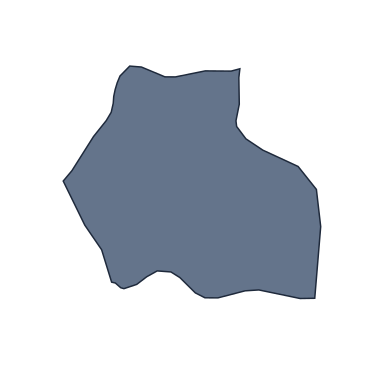 the border of Kalinga, rotated 252°
{"feature_id": "PHL-4931", "entity_name": "Kalinga", "entity_type": "Province", "adm_level": 1, "iso_a3": "PHL", "parent_name": "Philippines", "parent_adm1": "", "projection": "natural_earth1", "projection_center": [121.33, 17.443], "detail": "fine", "context": "isolated", "style": "filled", "palette": "slate", "viewbox_px": 384, "rotation_deg": 252, "n_neighbors": 0, "source": "natural_earth", "source_scale": "10m", "svg_char_len": 695}
<svg xmlns="http://www.w3.org/2000/svg" viewBox="0 0 384 384"><g transform="rotate(252 192 192)"><path d="M242.2,72.9L249.4,84.4L275.2,115.5L286.4,132.5L292.8,139.8L300.7,144.5L307.1,147.1L313.2,150.6L319.1,154.7L324.6,159.4L331.0,171.7L326.5,182.5L309.9,201.8L306.6,211.7L303.1,242.0L294.9,266.5L294.4,275.6L286.3,271.9L260.9,264.1L246.1,255.8L240.5,254.7L225.9,259.7L209.9,272.3L183.5,300.8L156.0,311.1L119.3,303.7L53.0,275.9L57.3,261.9L78.2,225.3L81.6,212.0L83.3,183.9L87.4,171.6L95.0,164.0L114.4,154.0L122.5,147.2L127.7,134.5L125.4,122.8L121.2,110.9L121.1,97.4L123.0,94.6L129.1,91.0L131.1,87.7L165.0,88.2L193.6,79.8L242.2,72.9Z" fill="#64748b" stroke="#1e293b" stroke-width="1.5"/></g></svg>